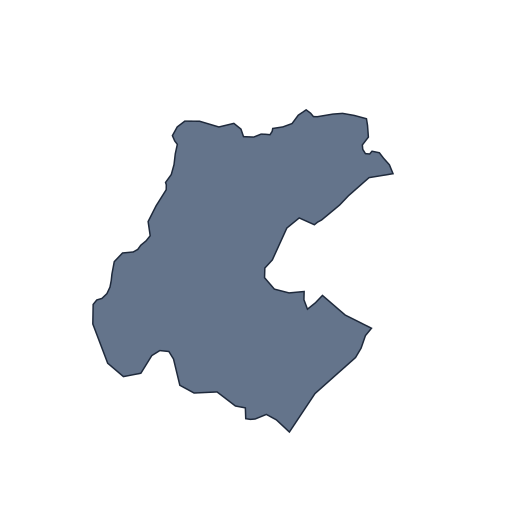 an SVG outline of Mātale, rotated 37°
{"feature_id": "LKA-2449", "entity_name": "Mātale", "entity_type": "District", "adm_level": 1, "iso_a3": "LKA", "parent_name": "Sri Lanka", "parent_adm1": "", "projection": "albers", "projection_center": [80.718, 7.7], "detail": "fine", "context": "isolated", "style": "filled", "palette": "slate", "viewbox_px": 512, "rotation_deg": 37, "n_neighbors": 0, "source": "natural_earth", "source_scale": "10m", "svg_char_len": 1422}
<svg xmlns="http://www.w3.org/2000/svg" viewBox="0 0 512 512"><g transform="rotate(37 256 256)"><path d="M261.6,79.9L266.5,84.6L274.2,93.4L274.1,103.3L277.1,106.6L281.8,108.4L285.4,106.1L285.6,102.5L292.4,99.3L298.8,101.1L307.7,102.9L315.9,107.8L299.1,125.4L293.6,152.1L292.1,165.0L286.7,187.8L284.8,191.9L283.8,195.9L267.6,199.6L263.8,215.1L271.4,249.3L270.3,260.3L275.9,268.2L290.6,271.4L304.6,265.6L315.8,255.4L320.6,262.1L329.1,267.5L331.6,257.6L332.8,247.5L362.8,249.5L391.7,244.2L391.3,253.7L395.4,266.4L396.6,277.2L391.2,303.9L385.9,330.4L388.6,376.5L370.9,374.6L359.6,376.3L353.4,386.7L349.8,389.9L345.7,392.1L338.9,383.7L329.8,388.2L306.7,388.0L289.0,402.7L273.0,405.1L252.1,387.9L243.9,384.7L236.1,389.4L232.7,398.2L234.6,418.9L222.7,432.1L202.1,430.9L166.6,408.5L155.1,392.7L155.3,386.9L158.5,382.6L159.6,375.8L158.1,368.7L155.2,362.8L151.8,357.1L146.2,345.8L147.6,333.9L155.5,326.7L157.6,321.9L157.5,316.7L159.1,310.1L159.3,303.5L149.1,293.4L146.0,276.0L144.4,257.1L141.5,253.1L139.5,251.7L139.3,241.9L135.5,232.3L130.0,222.9L126.0,214.2L121.8,213.0L116.8,210.2L115.4,200.3L118.0,191.1L129.9,182.3L148.7,175.3L158.5,163.4L167.6,163.7L174.2,168.2L182.6,162.4L186.7,155.6L190.6,152.9L194.2,150.7L193.9,146.7L192.6,144.1L199.8,136.7L205.1,128.5L205.0,118.1L208.1,109.1L213.7,109.1L218.0,110.1L221.2,107.8L232.0,96.4L239.3,90.0L249.9,84.6L261.6,79.9Z" fill="#64748b" stroke="#1e293b" stroke-width="1.5"/></g></svg>